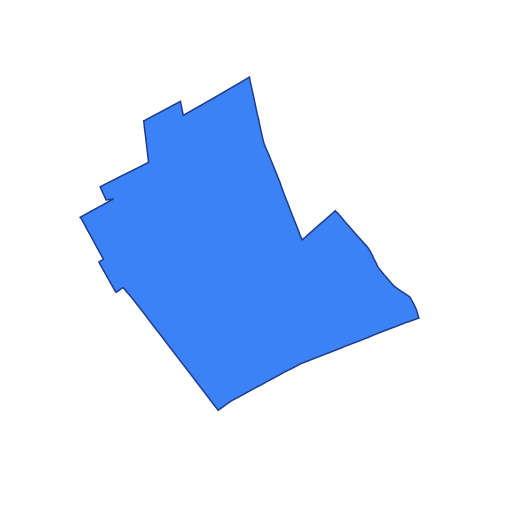 the district of Scutelnici, Buzau, Romania, rotated 29°
{"feature_id": "2599482B43358444989508", "entity_name": "Scutelnici", "entity_type": "district", "adm_level": 2, "iso_a3": "ROU", "parent_name": "Romania", "parent_adm1": "Buzau", "projection": "mercator", "projection_center": [26.956, 44.836], "detail": "fine", "context": "isolated", "style": "filled", "palette": "blue", "viewbox_px": 512, "rotation_deg": 29, "n_neighbors": 0, "source": "geoboundaries", "source_scale": "gbopen_adm2", "svg_char_len": 3993}
<svg xmlns="http://www.w3.org/2000/svg" viewBox="0 0 512 512"><g transform="rotate(29 256 256)"><path d="M297.6,409.2L297.7,409.3L297.8,409.3L298.7,407.2L299.7,405.2L300.8,402.8L302.0,400.1L304.3,395.4L306.3,392.1L307.8,389.9L308.7,388.6L310.2,386.1L311.5,384.1L314.5,379.3L315.2,378.2L320.3,370.2L322.5,367.0L324.8,363.3L325.7,361.7L326.6,360.2L327.6,358.7L328.0,358.1L330.2,354.9L333.8,349.2L335.9,345.8L336.6,344.6L338.8,341.3L339.6,340.2L341.4,337.6L343.4,334.7L345.3,331.8L346.9,329.3L347.2,328.9L347.7,328.1L350.0,325.4L352.2,322.8L354.6,319.8L357.6,316.2L361.8,311.1L368.3,303.4L370.7,300.5L375.6,294.5L375.9,294.2L376.2,293.8L376.3,293.5L376.3,293.4L381.2,287.7L384.1,284.2L385.8,282.2L386.4,281.5L386.9,280.8L388.4,279.2L388.5,279.0L389.9,277.2L393.2,273.4L394.2,272.1L394.2,271.9L394.7,271.3L397.4,267.9L399.4,265.4L399.5,265.3L399.9,264.8L402.7,261.5L404.3,259.5L405.0,258.7L405.3,258.4L405.9,257.7L408.1,255.0L410.4,252.3L411.2,251.5L411.3,251.4L414.6,247.3L416.3,245.2L416.9,244.6L417.5,243.8L418.3,242.8L420.0,240.8L420.4,240.6L422.0,238.8L423.5,237.1L424.0,236.4L425.0,235.4L426.2,234.0L427.3,232.7L427.8,232.1L428.1,231.8L428.2,231.7L428.5,231.5L428.6,231.3L428.6,231.2L428.0,230.9L423.4,226.3L422.4,225.3L420.5,223.8L416.7,221.2L412.1,218.2L411.1,217.6L410.3,217.3L408.2,217.0L406.4,216.9L406.1,216.8L400.1,216.4L396.2,216.0L392.0,215.5L391.4,215.3L389.5,214.8L389.0,214.6L385.5,213.4L383.3,212.5L382.6,212.3L379.3,211.0L378.7,210.9L376.7,210.1L374.7,209.3L372.0,208.2L370.5,207.6L370.2,207.5L368.6,206.9L368.1,206.6L367.5,206.3L365.1,204.3L362.7,202.8L361.4,201.9L359.7,200.8L358.3,199.6L355.6,197.8L353.7,196.5L350.4,194.7L348.5,193.9L346.7,193.2L345.9,193.0L333.7,188.8L328.4,186.9L327.0,186.4L323.9,185.3L320.5,184.1L315.6,182.3L311.6,180.6L310.8,180.4L309.6,180.0L309.4,179.9L306.6,178.9L304.2,178.3L303.4,178.0L301.4,183.7L298.7,191.2L298.8,191.4L298.6,191.7L296.6,196.7L294.0,204.1L290.6,213.8L290.5,214.1L290.4,214.9L288.4,219.5L284.1,216.1L283.6,215.7L281.9,214.1L279.7,212.3L277.4,210.4L274.1,207.7L271.5,205.6L270.7,204.9L268.3,203.0L264.6,199.9L255.9,192.6L251.4,188.9L245.4,183.8L242.3,180.9L234.8,174.7L224.6,166.5L222.9,165.2L221.0,163.6L218.9,161.8L217.1,160.5L215.9,159.6L214.9,158.8L213.0,157.4L207.9,153.3L207.7,152.9L205.4,150.5L202.3,147.0L199.9,144.3L197.9,142.1L196.0,139.9L193.5,137.0L191.6,134.7L188.2,131.2L176.5,117.6L175.0,115.9L167.2,107.2L166.0,105.8L163.5,102.7L163.3,103.1L161.4,106.3L157.3,113.3L155.0,117.2L151.2,123.5L145.1,133.8L144.8,134.3L144.3,135.1L143.5,136.4L143.0,137.3L127.4,162.9L124.2,168.2L114.9,157.4L97.3,184.6L92.5,192.1L92.3,192.2L92.8,192.9L93.2,193.5L93.5,194.0L94.5,195.3L94.7,195.6L95.5,196.8L96.4,198.1L97.5,199.7L99.2,201.9L102.3,206.2L109.8,216.6L116.6,226.2L109.1,237.3L104.0,244.7L99.7,250.9L89.3,266.3L86.1,271.0L97.7,279.7L103.3,275.6L103.5,275.9L103.0,276.3L99.9,281.2L96.7,286.3L93.3,291.7L91.2,295.0L90.3,296.3L89.6,297.2L89.8,297.4L88.7,299.0L85.9,303.5L83.7,307.0L83.4,307.5L83.5,307.6L84.0,307.7L84.3,307.7L84.5,307.7L84.6,307.8L84.9,308.0L85.3,308.2L86.4,308.9L87.3,309.5L88.5,310.2L90.6,311.5L92.7,312.9L96.1,315.1L97.6,316.0L106.2,321.4L113.3,326.0L114.1,326.5L115.4,327.3L117.3,328.5L119.9,330.1L121.4,331.1L122.6,331.8L123.5,332.3L123.9,332.7L124.0,332.9L124.0,333.2L123.6,333.8L122.5,335.6L121.5,337.4L121.6,337.5L121.8,337.6L122.2,337.9L122.8,338.3L125.7,340.1L129.3,342.3L130.1,342.8L133.5,344.9L136.9,347.0L138.7,348.1L141.3,349.7L144.7,351.8L149.2,354.6L149.8,355.0L151.1,355.6L151.3,355.4L151.4,355.2L151.7,354.8L151.9,354.4L154.1,349.8L154.4,349.2L154.7,348.6L155.0,348.2L155.4,348.2L156.4,348.6L158.2,349.3L162.3,350.8L165.7,352.0L170.6,354.0L176.4,356.5L185.9,360.5L200.3,366.9L214.1,372.8L219.9,375.4L241.8,384.9L246.8,387.1L247.8,387.5L250.5,388.7L255.2,390.7L265.9,395.4L267.4,396.1L272.6,398.3L274.6,399.2L280.3,401.7L292.8,407.2L294.0,407.7L294.3,407.8L295.3,408.2L296.4,408.7L296.8,408.8L297.1,409.0L297.5,409.1L297.6,409.2Z" fill="#3b82f6" stroke="#1e3a8a" stroke-width="1.5"/></g></svg>